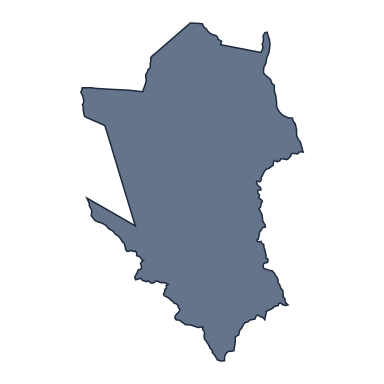 the district of Irauçuba, Ceará, Brazil
{"feature_id": "56859067B61875924622713", "entity_name": "Irauçuba", "entity_type": "district", "adm_level": 2, "iso_a3": "BRA", "parent_name": "Brazil", "parent_adm1": "Ceará", "projection": "orthographic", "projection_center": [-39.789, -3.889], "detail": "fine", "context": "isolated", "style": "filled", "palette": "slate", "viewbox_px": 384, "rotation_deg": 0, "n_neighbors": 0, "source": "geoboundaries", "source_scale": "gbopen_adm2", "svg_char_len": 4314}
<svg xmlns="http://www.w3.org/2000/svg" viewBox="0 0 384 384"><path d="M288.0,304.9L285.7,302.7L285.0,300.9L285.0,298.9L283.4,297.1L283.0,293.7L282.8,290.6L281.0,288.5L280.1,286.3L279.5,284.3L278.1,283.0L278.1,280.7L277.8,279.0L277.1,277.4L275.7,275.7L274.9,274.1L273.8,272.6L272.2,270.8L269.0,270.2L266.1,269.2L263.8,268.5L263.1,266.0L263.7,263.7L265.3,262.9L267.2,262.5L268.1,261.0L267.6,258.7L265.9,257.8L266.0,254.8L265.2,251.6L264.7,249.2L264.0,247.6L263.7,244.4L262.0,243.5L261.0,241.4L257.9,241.9L256.7,240.1L258.4,239.0L258.9,236.2L259.4,233.9L259.6,232.0L261.2,230.1L262.1,228.1L263.7,227.4L265.4,227.0L265.0,224.9L262.7,220.8L262.4,217.3L262.0,214.6L260.5,211.5L258.9,208.8L260.6,206.9L261.1,203.9L262.4,201.3L261.1,199.6L258.6,197.9L259.6,195.2L257.7,192.6L257.7,190.5L261.1,189.7L260.1,187.1L257.9,185.4L256.4,182.9L257.0,181.1L259.6,181.9L261.0,180.6L261.3,177.7L262.9,174.5L264.1,172.0L265.9,169.4L269.0,168.4L273.3,165.1L273.3,162.0L274.8,160.5L277.0,161.8L279.8,160.8L280.8,158.8L283.3,158.9L286.8,159.6L288.3,158.8L290.9,155.8L291.0,153.9L293.6,153.3L295.9,153.7L297.7,154.0L298.9,152.2L300.6,151.8L303.2,152.1L302.6,150.4L302.3,148.8L301.5,146.2L301.0,143.8L299.9,141.4L298.4,139.5L297.5,137.5L296.7,135.4L296.5,133.1L296.7,130.8L296.2,128.1L295.7,125.8L295.2,123.6L293.7,122.0L293.0,120.2L292.4,118.1L290.2,117.9L288.2,117.9L285.6,116.5L283.3,115.6L281.9,114.5L280.3,112.9L279.0,111.3L277.9,109.3L277.0,107.7L276.6,106.0L276.6,103.7L276.5,101.2L276.0,98.8L275.9,96.1L274.9,93.0L274.3,90.9L274.3,88.6L274.3,85.3L272.1,83.6L271.3,81.6L270.5,79.4L268.3,77.5L266.0,75.7L263.8,73.5L263.5,71.3L263.7,68.1L264.3,66.3L265.5,64.2L266.2,61.4L266.5,59.1L267.2,56.6L268.4,54.0L269.2,51.3L269.4,49.4L269.8,46.7L270.0,44.2L269.6,41.6L269.5,39.8L268.9,38.0L268.2,36.0L267.6,34.4L267.1,32.2L264.9,32.7L263.6,34.8L263.0,36.6L263.5,38.5L263.2,40.3L263.3,42.2L262.2,43.7L262.6,45.7L262.9,47.7L262.1,50.2L260.9,52.5L220.7,44.7L221.6,41.2L219.7,40.2L217.9,39.1L217.6,37.4L216.4,35.9L214.6,35.1L212.2,34.5L209.7,33.0L207.1,30.4L206.3,28.7L204.6,27.8L203.5,26.3L202.4,23.8L198.8,23.4L190.3,23.0L154.6,54.0L152.5,55.5L150.6,57.9L151.0,60.4L150.2,63.4L150.3,66.1L149.9,68.2L148.0,69.6L147.7,71.3L146.7,73.0L145.8,74.4L145.7,77.0L146.3,80.2L145.7,82.9L144.9,85.2L144.1,87.5L143.4,89.4L142.8,91.7L128.7,90.2L111.0,89.3L95.7,88.4L90.9,87.7L82.1,87.8L81.9,90.0L80.8,92.3L81.9,94.2L82.9,96.5L83.3,98.9L83.8,101.2L83.5,103.0L82.4,104.7L83.4,107.2L83.1,109.8L83.5,111.5L83.9,113.9L84.3,115.9L85.9,117.2L104.8,125.5L108.0,135.6L119.7,174.5L135.3,225.8L86.8,198.0L88.0,200.6L89.3,203.2L89.2,205.3L90.0,207.1L91.1,209.0L91.8,210.7L91.5,213.1L91.3,215.7L93.5,218.7L94.9,220.4L97.1,221.6L100.0,222.5L102.9,223.6L104.9,224.8L106.3,225.8L108.7,228.7L113.1,231.2L115.1,234.0L118.5,236.1L121.0,239.4L122.4,241.9L124.2,243.3L125.3,247.6L125.5,249.4L127.0,251.4L129.2,251.2L131.8,250.4L133.5,251.6L135.4,251.0L136.7,253.1L136.6,255.7L139.2,256.5L140.7,257.8L141.5,259.5L143.4,260.7L141.7,261.5L140.5,263.4L141.5,266.4L141.1,268.9L138.0,270.1L137.1,272.8L135.4,275.8L134.6,277.6L135.7,279.8L138.1,279.1L140.7,278.3L142.4,280.3L146.6,281.8L148.4,280.8L150.8,283.0L153.7,283.0L155.6,281.2L157.6,281.1L159.3,282.1L161.0,282.7L165.0,282.7L168.1,284.4L166.1,285.7L166.5,288.3L164.9,289.3L164.7,291.7L163.4,294.3L164.6,296.0L166.7,296.9L168.2,297.8L169.8,298.9L171.0,300.4L172.7,301.4L174.2,303.3L176.0,303.7L177.6,304.8L178.4,307.4L179.8,309.6L179.4,311.3L176.2,314.5L175.1,316.3L174.9,318.2L176.2,319.9L179.5,320.2L181.3,321.7L183.3,322.9L185.4,324.7L188.5,324.7L191.2,325.2L198.1,327.5L200.2,327.3L202.8,326.9L202.6,329.3L203.8,331.0L204.6,333.0L204.1,335.3L204.2,337.6L204.7,339.3L205.9,340.8L207.5,343.2L209.0,345.6L209.7,347.6L210.7,349.0L212.4,350.3L212.2,352.4L214.7,355.2L216.0,357.5L217.4,359.9L220.8,361.0L224.5,360.8L224.7,356.5L225.7,354.0L227.0,352.4L228.9,351.3L231.3,351.3L234.0,350.7L234.4,347.3L234.8,345.1L235.2,341.9L235.3,339.3L235.4,337.0L237.0,335.8L238.8,334.8L239.1,332.5L240.0,329.9L241.9,327.8L243.0,325.4L245.0,322.6L247.8,322.0L250.0,320.0L254.9,319.1L256.1,316.1L257.8,314.9L260.8,316.9L262.8,317.4L264.8,319.7L265.2,317.1L266.1,313.6L266.1,311.5L269.9,309.7L272.5,308.4L274.1,306.6L278.2,305.5L278.7,303.5L280.6,303.0L282.8,304.8L285.4,305.5L288.0,304.9Z" fill="#64748b" stroke="#1e293b" stroke-width="1.5"/></svg>